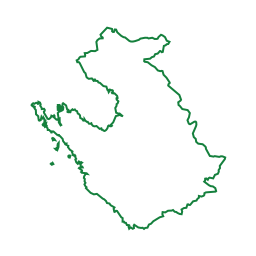 an SVG outline of Liaoning, rotated 83°
{"feature_id": "CHN-1813", "entity_name": "Liaoning", "entity_type": "Province", "adm_level": 1, "iso_a3": "CHN", "parent_name": "China", "parent_adm1": "", "projection": "orthographic", "projection_center": [122.279, 41.097], "detail": "fine", "context": "isolated", "style": "outline", "palette": "green", "viewbox_px": 256, "rotation_deg": 83, "n_neighbors": 0, "source": "natural_earth", "source_scale": "10m", "svg_char_len": 5900}
<svg xmlns="http://www.w3.org/2000/svg" viewBox="0 0 256 256"><g transform="rotate(83 128 128)"><path d="M228.6,135.6L226.9,137.5L228.1,139.1L226.0,139.5L224.8,138.6L224.5,138.9L224.1,141.0L221.9,141.6L221.5,143.1L220.5,143.4L220.3,144.8L216.8,144.3L215.7,145.6L209.0,149.0L208.7,150.0L209.7,151.4L209.5,151.8L206.4,152.1L205.2,151.1L202.5,154.7L200.7,155.6L199.9,158.0L197.8,158.7L195.8,160.4L195.1,161.6L189.6,166.9L189.7,170.0L187.8,173.0L182.6,177.1L181.7,176.4L180.7,177.3L178.6,178.1L177.3,176.9L175.7,177.6L173.3,177.1L172.2,177.9L170.6,177.4L168.3,175.6L168.7,174.0L167.9,174.6L166.8,179.3L166.0,179.9L165.3,179.0L164.5,178.8L161.9,181.6L161.3,180.9L161.6,177.8L161.0,178.0L161.2,178.4L160.7,179.2L158.5,179.7L157.2,178.4L156.8,178.8L156.6,178.1L156.1,178.7L157.0,180.6L155.4,180.6L155.2,181.0L157.2,182.4L155.8,183.5L152.9,184.1L152.3,183.2L150.8,183.8L149.3,183.6L148.4,184.1L149.0,184.8L148.0,186.3L147.4,185.9L145.2,186.5L144.5,186.0L142.5,188.3L139.7,189.9L138.5,189.4L136.7,192.0L135.9,191.2L135.7,192.4L133.1,194.0L130.9,194.2L127.7,196.5L127.0,197.8L126.5,197.6L126.2,199.1L122.4,202.4L122.1,204.0L123.9,204.5L122.8,204.7L120.4,206.4L120.2,207.9L118.5,207.8L117.2,208.8L116.0,208.3L115.5,208.6L116.3,209.0L116.6,209.9L113.6,208.8L114.0,209.6L115.7,211.0L115.0,212.1L114.3,212.3L113.2,211.3L112.0,209.3L110.5,209.0L110.4,209.4L111.0,210.1L109.2,209.8L107.8,210.4L108.4,210.5L108.3,211.6L106.3,212.5L109.6,213.7L109.9,215.1L109.6,215.5L109.0,215.2L108.4,215.7L105.3,215.7L103.2,217.6L98.9,217.3L97.2,218.4L95.6,217.9L95.0,218.8L95.9,218.8L93.8,220.9L93.0,220.7L91.9,219.1L92.6,218.2L91.8,216.2L91.9,215.5L93.1,214.5L93.0,214.0L91.1,213.7L92.1,212.2L93.9,211.8L95.2,212.4L97.4,211.3L98.7,211.3L98.7,209.0L99.9,208.4L100.8,208.6L101.5,209.5L102.7,209.5L109.0,206.7L109.5,205.6L109.2,204.8L108.1,203.3L106.6,202.6L107.0,202.3L106.9,201.5L107.8,200.9L106.5,199.8L107.2,199.4L108.2,199.8L109.3,199.4L111.0,198.0L110.8,197.3L112.3,195.7L114.0,196.0L117.2,194.6L116.9,193.9L114.4,195.1L110.1,194.7L110.4,195.7L104.6,195.9L103.6,194.9L102.7,191.6L101.9,190.2L99.5,189.7L98.0,190.5L95.9,189.9L95.5,189.4L98.1,186.7L102.4,186.1L103.0,185.4L102.8,184.9L103.9,184.6L104.7,186.0L104.9,185.8L105.1,185.2L104.7,184.6L105.4,183.6L105.1,183.1L104.1,183.0L102.7,180.9L103.5,180.3L103.1,178.5L104.3,177.9L105.1,176.5L107.5,176.1L108.1,175.1L109.6,174.1L112.2,174.2L113.3,172.5L115.2,171.5L115.3,170.5L113.8,170.2L115.4,169.5L116.9,168.1L117.0,167.2L118.9,166.3L119.2,165.0L118.8,163.8L120.2,163.5L121.8,162.3L122.3,160.9L122.2,159.0L125.4,156.3L125.1,154.5L126.5,154.3L126.6,153.4L127.6,152.7L128.1,151.5L127.3,149.9L125.8,148.5L123.6,147.5L123.2,146.8L124.1,145.6L124.2,144.3L123.8,143.7L122.7,144.6L120.6,142.0L114.7,138.6L114.0,134.1L115.0,133.3L115.4,132.4L115.2,132.2L112.6,134.6L112.6,135.6L111.4,137.9L106.6,138.2L104.7,136.7L102.9,136.4L102.3,135.3L100.3,134.3L98.4,135.8L97.7,135.7L97.2,135.0L96.8,135.5L96.2,134.7L94.8,134.9L91.9,137.2L91.9,138.5L91.5,138.9L91.5,139.5L91.0,139.7L90.4,138.6L89.0,138.5L88.4,139.3L88.6,140.2L87.6,141.3L87.7,141.9L89.3,142.1L90.1,142.8L88.4,143.1L87.7,143.8L84.3,144.4L83.4,147.3L79.8,150.3L79.2,151.8L77.6,152.5L77.3,154.2L75.8,154.9L75.8,155.9L77.0,155.6L77.1,156.3L74.4,157.8L74.4,160.9L73.4,162.2L72.3,163.0L68.5,163.5L67.1,164.7L57.7,168.0L56.6,168.8L56.5,170.3L54.6,170.7L53.9,168.9L52.2,167.6L51.5,166.5L51.7,162.0L50.6,161.6L48.4,161.8L48.6,159.2L47.0,155.3L47.7,151.3L46.7,148.8L38.7,148.9L37.1,147.7L35.7,145.3L35.9,142.2L35.1,142.1L33.7,143.5L32.0,143.9L25.9,136.5L27.7,131.8L28.4,131.6L30.0,132.0L30.9,131.2L30.9,130.2L28.6,129.0L28.9,127.8L31.7,127.0L35.7,123.5L37.3,121.4L37.8,119.8L41.8,116.0L42.5,114.6L42.8,112.7L42.6,110.3L41.8,106.4L40.8,104.8L40.5,100.2L40.8,97.8L41.6,96.7L41.4,92.9L42.9,90.6L43.1,88.4L42.9,87.6L41.5,86.7L39.5,83.9L40.3,82.4L42.3,80.2L46.1,78.9L47.5,76.3L49.5,77.8L49.6,79.4L50.5,80.6L50.9,82.4L56.7,84.2L56.9,85.2L55.6,86.3L55.5,86.9L57.8,89.5L58.0,92.0L60.2,93.5L60.6,95.7L61.9,97.6L61.8,103.4L63.7,103.8L64.3,103.3L65.1,100.4L68.6,97.0L70.8,93.9L74.5,91.4L75.5,89.1L75.4,87.6L75.7,86.8L79.5,86.2L82.7,83.7L87.9,81.1L88.4,81.1L89.5,82.5L90.8,82.9L101.5,73.0L106.4,71.9L107.2,72.5L108.6,75.0L111.4,75.0L112.4,73.9L115.8,71.8L117.5,66.6L120.7,64.8L124.8,66.2L127.5,68.0L130.8,67.2L131.6,66.6L131.8,65.7L129.8,61.3L129.9,60.1L130.6,59.6L133.0,59.7L134.5,60.3L141.3,64.3L145.0,63.8L147.1,62.1L150.0,62.0L152.1,60.2L153.2,55.9L155.5,53.8L156.6,53.1L158.1,53.2L165.7,50.2L166.8,46.6L166.5,45.4L167.8,40.9L167.4,39.2L167.7,37.6L169.1,35.1L170.7,35.7L176.8,41.5L179.0,41.6L180.9,43.2L182.4,43.2L184.4,44.4L185.1,47.4L188.4,49.6L187.2,53.1L187.7,54.2L189.1,55.1L187.6,56.5L187.7,57.6L189.5,57.8L190.5,58.9L194.7,54.6L195.8,53.0L196.3,50.9L198.3,48.7L201.4,48.2L201.8,48.8L201.4,58.5L202.0,60.1L203.7,60.4L204.5,61.2L205.0,63.4L204.1,65.9L205.8,66.1L206.8,67.7L208.4,68.9L208.7,72.3L211.9,75.7L211.8,76.8L211.1,77.5L211.1,78.3L214.3,79.8L214.3,82.3L215.4,84.8L217.5,84.4L220.1,85.3L219.6,87.2L218.3,89.3L217.3,90.2L216.8,91.9L214.9,93.3L215.3,94.7L215.0,98.3L216.3,101.3L215.7,103.9L217.7,104.4L219.9,103.8L220.5,107.4L223.6,114.2L225.8,116.8L226.4,119.0L229.3,120.8L229.3,123.2L230.1,124.4L228.8,125.6L228.8,127.2L228.0,129.9L224.8,133.6L225.5,134.2L228.1,134.3L228.6,135.6ZM101.5,191.6L102.4,192.5L101.3,192.9L101.9,193.9L101.5,195.5L98.9,195.3L100.2,193.5L99.8,192.7L99.0,192.9L97.7,194.8L96.6,194.8L96.8,193.1L98.2,192.6L99.1,191.3L101.5,191.6ZM139.7,200.0L136.7,200.1L135.1,199.6L134.2,198.6L138.4,199.3L139.7,200.0ZM128.7,203.8L129.7,202.6L131.1,201.9L130.7,202.9L131.1,204.0L129.0,204.5L128.7,203.8ZM148.1,190.0L148.2,189.0L148.8,188.7L150.3,189.4L150.0,190.3L149.3,190.7L148.5,190.6L148.1,190.0ZM154.7,206.5L155.2,208.1L154.2,209.0L153.7,208.4L154.3,207.5L153.6,207.0L154.7,206.5ZM138.2,201.1L140.7,200.8L141.4,201.0L140.9,202.0L139.9,202.7L140.1,201.6L138.2,201.1Z" fill="none" stroke="#15803d" stroke-width="2"/></g></svg>